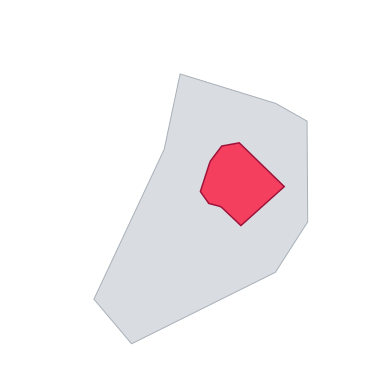 Barbados, with Saint George highlighted, rotated 245°
{"feature_id": "BRB-1991", "entity_name": "Saint George", "entity_type": "Parish", "adm_level": 1, "iso_a3": "BRB", "parent_name": "Barbados", "parent_adm1": "", "projection": "mercator", "projection_center": [-59.543, 13.145], "detail": "fine", "context": "in_parent", "style": "filled", "palette": "rose", "viewbox_px": 384, "rotation_deg": 245, "n_neighbors": 0, "source": "natural_earth", "source_scale": "10m", "svg_char_len": 481}
<svg xmlns="http://www.w3.org/2000/svg" viewBox="0 0 384 384"><g transform="rotate(245 192 192)"><path d="M236.8,305.4L207.6,326.2L116.1,284.3L84.0,233.7L80.0,73.1L136.3,57.8L242.4,184.8L304.0,231.1L236.8,305.4Z" fill="#d9dde1" stroke="#a8b0b8" stroke-width="1"/><path d="M188.9,199.8L210.3,219.7L212.4,222.0L221.1,238.4L216.6,255.6L157.9,277.9L140.9,222.1L165.0,212.6L167.1,211.3L174.5,202.4L188.2,199.9L188.9,199.8Z" fill="#f43f5e" stroke="#9f1239" stroke-width="1.5"/></g></svg>